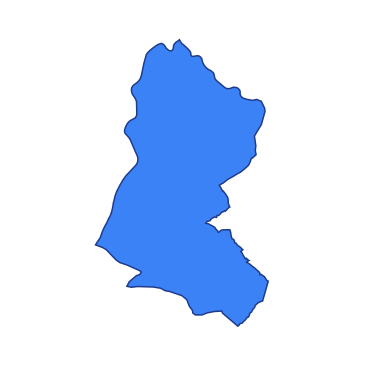 outline of Estanzuela, Zacapa, Guatemala, rotated 311°
{"feature_id": "79465075B47925591058231", "entity_name": "Estanzuela", "entity_type": "district", "adm_level": 2, "iso_a3": "GTM", "parent_name": "Guatemala", "parent_adm1": "Zacapa", "projection": "mercator", "projection_center": [-89.606, 14.975], "detail": "fine", "context": "isolated", "style": "filled", "palette": "blue", "viewbox_px": 384, "rotation_deg": 311, "n_neighbors": 0, "source": "geoboundaries", "source_scale": "gbopen_adm2", "svg_char_len": 5623}
<svg xmlns="http://www.w3.org/2000/svg" viewBox="0 0 384 384"><g transform="rotate(311 192 192)"><path d="M298.7,82.6L297.4,82.4L295.8,82.0L294.4,81.6L293.4,81.6L291.7,81.6L290.6,81.9L289.5,82.7L288.3,83.5L286.9,84.1L285.7,84.0L284.5,83.3L283.8,82.3L283.6,81.3L283.6,79.3L283.6,78.1L284.0,77.1L284.3,76.2L284.6,74.8L284.7,73.5L284.2,71.6L283.4,70.9L282.3,70.3L281.0,69.6L279.2,69.0L275.8,68.2L272.1,67.5L268.9,67.2L267.0,67.2L265.7,67.4L264.4,68.0L261.3,69.5L257.3,71.4L250.6,75.2L246.4,77.5L243.6,78.6L241.2,78.9L240.0,78.9L239.0,78.8L237.9,78.6L236.6,78.3L235.5,78.0L234.1,77.8L232.9,77.7L230.7,78.3L229.8,78.9L228.9,79.7L227.7,81.1L226.9,82.5L226.3,84.2L225.8,86.4L225.3,87.8L224.6,89.5L223.6,91.0L214.4,99.4L213.0,100.1L211.7,100.4L210.5,100.5L209.4,100.0L207.8,99.5L205.9,98.7L203.9,98.3L202.5,98.2L200.9,98.4L198.6,98.9L196.7,99.5L194.7,100.4L193.5,101.3L192.3,103.1L192.2,104.2L192.1,105.6L191.6,108.9L190.8,111.4L187.2,118.8L183.1,127.5L182.0,128.9L180.5,130.3L178.8,131.3L177.3,131.8L175.6,132.0L173.9,132.0L171.7,131.9L168.9,131.8L160.9,131.5L155.7,132.0L149.6,133.2L143.4,134.7L138.6,136.5L134.8,138.5L132.2,139.8L131.4,140.2L130.4,141.0L125.3,143.9L123.1,144.8L121.0,145.7L119.0,146.2L116.8,146.6L115.2,147.2L112.9,147.9L111.0,148.2L106.5,149.3L103.1,150.4L99.8,151.7L97.3,152.7L91.7,153.4L88.8,153.9L91.5,161.1L92.2,165.2L90.9,179.2L91.4,183.9L94.3,190.9L98.3,204.1L98.3,206.2L95.3,206.7L92.3,204.9L83.0,203.5L78.1,204.7L80.4,208.8L85.0,213.0L94.8,225.0L98.7,231.3L100.0,236.7L102.1,240.1L107.2,252.5L107.3,258.7L104.0,265.0L102.9,270.1L101.2,272.0L101.4,275.1L105.8,280.2L110.8,282.8L116.5,287.3L121.7,292.6L120.6,294.4L120.8,314.6L121.4,314.7L122.4,314.9L123.4,314.5L123.9,314.8L124.5,314.8L125.8,315.8L126.8,315.9L128.4,315.9L129.9,316.2L132.2,316.0L134.1,316.0L134.8,316.7L137.5,315.7L138.7,315.2L140.6,315.7L142.7,315.0L144.8,315.0L146.4,314.9L147.8,314.1L151.3,314.5L153.7,315.4L156.1,316.8L174.6,308.1L174.7,307.6L174.5,307.0L174.4,306.4L174.5,305.8L174.9,304.6L175.0,304.2L175.2,303.7L175.3,303.4L175.5,302.5L175.6,302.2L175.5,301.8L175.4,301.2L175.4,300.6L175.4,300.2L175.3,299.6L175.3,298.8L175.3,298.5L175.1,298.2L174.9,298.1L174.6,298.0L174.4,297.8L174.1,297.5L174.4,297.2L174.6,297.0L174.9,296.8L175.1,296.6L175.3,296.4L175.4,296.1L175.6,295.4L175.6,294.9L175.7,294.6L175.7,294.2L175.7,293.5L175.7,292.9L175.7,292.3L175.7,292.0L175.7,291.7L175.7,291.3L175.7,291.1L175.8,289.8L175.5,285.9L175.5,284.5L175.5,283.1L175.3,282.0L175.1,280.3L174.9,279.2L177.6,279.9L177.4,279.5L177.2,279.1L177.2,278.9L177.6,278.7L177.7,278.4L177.5,277.9L177.5,277.3L177.6,276.5L176.7,276.5L176.8,275.7L176.9,275.2L177.0,274.9L177.3,273.6L177.4,273.3L177.6,273.0L177.7,272.5L178.0,271.6L178.2,271.2L178.4,270.7L178.7,270.2L178.8,269.8L178.9,269.3L179.0,268.5L179.1,267.8L181.8,268.3L181.8,267.0L181.9,266.1L182.0,265.4L182.0,264.9L182.0,264.4L181.9,263.7L181.8,262.9L181.7,260.9L182.3,258.9L181.9,258.0L181.7,257.5L181.9,257.2L183.0,256.0L183.3,255.1L183.6,254.6L183.1,253.3L183.2,252.4L183.7,251.7L185.2,249.5L186.2,248.5L187.1,247.3L187.7,246.4L188.1,245.8L188.3,245.4L188.1,245.0L186.4,243.1L184.2,240.7L183.0,239.6L182.7,239.3L182.1,239.0L180.2,238.8L179.0,238.5L178.9,238.2L179.0,237.8L179.2,237.4L179.5,237.0L179.5,236.5L179.6,235.7L179.5,235.1L179.5,234.8L179.6,234.7L179.8,234.4L179.7,234.1L179.6,233.8L179.7,233.5L179.9,233.3L180.2,232.7L180.3,232.1L180.1,231.4L180.0,230.5L179.6,229.5L179.6,228.9L179.4,228.0L179.2,227.3L179.1,226.6L179.0,225.9L178.7,225.3L178.1,224.0L177.5,223.0L177.9,223.0L178.4,222.9L179.1,222.7L179.4,222.6L179.6,222.6L179.9,222.9L180.3,223.1L181.1,223.7L182.2,224.4L182.3,224.4L182.4,224.5L182.5,224.5L182.8,224.4L183.3,224.3L183.6,224.3L183.9,224.2L184.2,224.2L184.5,224.2L184.8,224.3L185.8,224.6L186.5,224.8L187.6,225.2L187.8,225.3L188.1,225.9L188.8,227.1L189.0,227.2L189.3,227.0L189.8,226.8L190.9,226.3L191.0,226.4L191.1,226.6L191.4,227.0L191.5,227.3L191.9,227.5L192.2,227.6L192.6,227.6L193.5,227.7L195.3,227.8L196.3,227.8L196.8,228.0L197.2,228.1L197.4,228.3L197.8,228.7L197.9,228.8L198.6,228.9L199.2,228.9L199.3,229.0L199.4,229.4L199.4,229.6L199.5,229.8L199.9,229.8L200.4,229.8L200.9,229.9L201.8,229.9L203.1,229.9L204.4,230.0L204.9,230.0L205.2,230.0L205.3,230.1L205.5,230.3L206.5,228.1L207.1,227.2L207.5,226.6L208.7,225.5L209.7,224.5L210.5,223.7L211.4,222.2L212.4,219.0L212.9,216.6L213.2,214.7L212.7,214.5L214.1,211.1L215.0,208.1L219.4,209.7L223.8,210.5L226.2,211.1L229.2,212.3L232.2,213.3L234.4,213.9L238.8,215.6L241.7,216.1L244.0,216.5L246.4,216.8L248.3,217.1L249.4,217.0L250.3,216.9L253.0,216.1L256.4,214.7L256.7,214.9L256.9,215.1L257.1,215.2L257.3,215.3L257.5,215.3L257.8,215.3L258.3,215.4L258.7,215.4L260.1,215.7L261.0,215.8L262.2,215.9L264.8,212.6L268.7,209.9L275.2,202.4L288.4,200.1L300.8,194.2L302.9,191.8L305.9,184.8L304.2,179.9L303.1,179.2L301.8,178.4L300.6,177.2L298.9,174.2L298.0,172.8L296.7,169.6L296.3,168.3L296.3,167.1L296.5,165.7L297.6,163.9L298.7,163.0L299.7,162.1L300.2,160.9L300.4,159.5L300.3,157.7L299.7,156.5L298.2,154.4L297.3,154.0L295.8,153.2L294.5,152.3L293.7,151.4L293.0,150.7L292.5,149.2L292.3,147.6L292.3,145.6L292.2,139.7L292.2,137.3L292.4,135.7L292.9,134.6L293.6,133.5L294.5,132.5L295.7,130.7L296.0,129.5L295.9,127.3L295.9,126.2L295.4,124.7L295.2,123.4L295.2,121.6L295.2,120.1L295.5,118.7L296.0,117.0L296.5,115.7L297.5,113.9L298.5,112.7L299.1,111.7L299.5,109.8L299.3,108.2L298.7,107.0L297.4,105.8L296.7,105.2L295.6,104.3L294.9,103.7L294.3,102.5L294.7,101.2L295.9,100.1L296.7,98.8L297.1,97.0L297.3,95.3L297.4,94.3L297.4,93.3L297.5,91.6L297.5,89.7L297.4,88.2L297.4,86.8L297.7,85.4L298.7,82.6Z" fill="#3b82f6" stroke="#1e3a8a" stroke-width="1.5"/></g></svg>